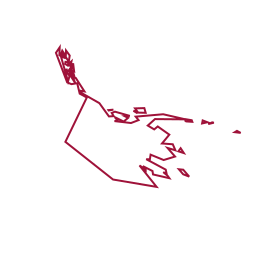 the border of Alaska, rotated 210°
{"feature_id": "USA-3563", "entity_name": "Alaska", "entity_type": "State", "adm_level": 1, "iso_a3": "USA", "parent_name": "United States of America", "parent_adm1": "", "projection": "natural_earth1", "projection_center": [-152.163, 61.314], "detail": "medium", "context": "isolated", "style": "outline", "palette": "rose", "viewbox_px": 256, "rotation_deg": 210, "n_neighbors": 0, "source": "natural_earth", "source_scale": "10m", "svg_char_len": 1903}
<svg xmlns="http://www.w3.org/2000/svg" viewBox="0 0 256 256"><g transform="rotate(210 128 128)"><path d="M175.3,84.7L178.9,133.8L187.0,133.6L194.4,141.4L198.9,137.7L203.5,137.1L228.0,157.1L227.5,163.7L223.9,156.9L220.1,158.3L220.1,160.3L219.1,159.9L219.7,156.7L221.3,156.5L221.7,156.3L203.2,138.3L205.0,145.1L196.1,140.5L200.9,144.3L198.2,145.2L184.0,137.9L188.0,136.4L185.2,135.1L165.2,135.2L150.3,128.5L146.3,131.1L149.6,132.9L147.5,135.6L132.5,139.4L136.7,136.6L133.0,136.8L135.0,131.4L144.9,130.8L140.5,129.1L143.2,127.2L127.9,133.8L122.8,140.1L127.0,141.7L104.4,157.5L82.6,164.2L109.1,149.2L112.1,140.0L104.6,139.9L103.0,144.2L88.9,142.9L90.8,131.6L81.1,136.3L75.8,132.4L83.8,130.5L73.0,126.8L81.1,118.1L95.1,116.2L93.4,111.8L96.6,110.1L74.5,110.8L71.7,107.7L75.4,107.4L70.0,106.5L67.1,105.2L83.1,100.3L85.3,103.0L96.1,102.4L92.6,102.0L90.5,98.4L93.7,101.0L99.3,101.3L73.8,91.3L115.2,75.9L175.3,84.7ZM131.7,148.5L123.8,153.4L120.3,150.0L126.9,146.4L131.7,148.5ZM220.4,164.1L214.7,161.6L212.4,155.6L217.5,158.5L220.4,164.1ZM63.3,117.7L59.3,119.5L50.7,116.5L57.1,115.5L63.3,117.7ZM202.1,147.7L199.6,145.2L205.8,146.3L201.7,146.4L206.6,149.2L202.1,147.7ZM72.7,133.0L72.3,136.8L67.1,134.2L72.7,133.0ZM208.4,145.9L207.7,151.9L205.4,144.2L208.9,145.5L210.9,148.7L208.4,145.9ZM205.8,149.7L207.9,156.6L202.9,150.0L205.8,149.7ZM82.6,164.4L76.7,166.6L75.4,165.5L80.9,162.8L81.9,162.9L82.6,164.4ZM222.8,157.7L223.6,162.1L220.7,160.6L222.8,157.7ZM210.3,151.9L214.5,152.1L215.2,154.0L212.3,155.1L211.8,152.8L210.3,151.9ZM66.1,169.0L67.1,171.9L62.1,172.7L66.1,169.0ZM127.2,145.5L131.9,145.6L129.0,146.5L127.2,145.5ZM211.7,153.2L210.3,157.5L208.7,152.8L211.7,153.2ZM60.5,171.5L57.9,175.0L56.3,175.5L60.5,171.5ZM33.4,177.8L32.2,180.0L28.0,180.1L33.4,177.8ZM216.8,157.2L219.1,157.0L219.1,157.9L216.8,157.2ZM153.5,133.5L153.9,133.7L149.8,136.6L153.5,133.5Z" fill="none" stroke="#9f1239" stroke-width="2"/></g></svg>